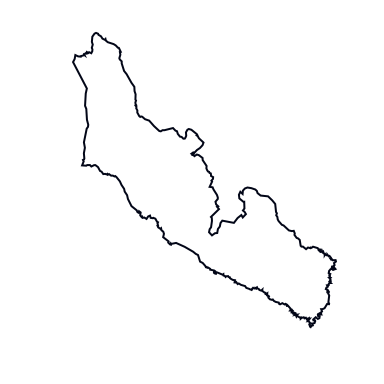 outline of Songea, Ruvuma, United Republic of Tanzania, rotated 313°
{"feature_id": "72390352B68324313293973", "entity_name": "Songea", "entity_type": "district", "adm_level": 2, "iso_a3": "TZA", "parent_name": "United Republic of Tanzania", "parent_adm1": "Ruvuma", "projection": "natural_earth1", "projection_center": [35.48, -10.415], "detail": "fine", "context": "isolated", "style": "outline", "palette": "ink", "viewbox_px": 384, "rotation_deg": 313, "n_neighbors": 0, "source": "geoboundaries", "source_scale": "gbopen_adm2", "svg_char_len": 6084}
<svg xmlns="http://www.w3.org/2000/svg" viewBox="0 0 384 384"><g transform="rotate(313 192 192)"><path d="M191.6,47.1L182.1,55.0L180.7,58.0L173.2,65.9L170.4,70.3L168.7,71.5L166.5,71.8L154.6,79.1L151.3,83.5L146.6,86.5L143.1,90.4L142.3,90.8L141.1,90.4L140.5,91.9L136.5,93.5L139.1,96.7L140.2,97.0L142.1,99.0L142.0,101.0L144.9,102.1L145.8,103.1L146.1,106.3L144.7,110.4L145.2,112.0L144.6,114.9L146.0,116.1L146.6,117.5L147.5,117.7L147.2,118.7L148.5,119.1L148.8,121.7L150.0,122.9L150.5,124.7L151.3,125.0L151.4,126.6L150.6,132.0L149.1,135.6L148.0,140.2L146.4,142.5L145.4,146.7L143.2,149.9L140.4,157.4L140.9,164.0L140.1,165.9L140.4,167.1L141.8,166.4L142.0,168.4L139.6,170.1L139.3,172.2L140.0,172.2L139.5,173.6L140.8,174.5L141.3,177.1L144.2,176.6L146.1,177.4L144.9,179.4L146.1,181.2L146.7,181.3L147.5,183.4L146.4,186.7L146.7,187.8L145.5,188.2L144.3,190.1L143.8,189.8L143.1,191.4L143.5,194.0L144.4,194.1L143.2,195.8L143.4,198.0L142.3,200.0L139.3,201.7L139.9,208.6L138.8,209.1L138.7,211.7L139.1,212.5L140.0,211.8L140.0,212.3L143.9,215.1L146.9,224.0L149.1,233.6L149.3,236.9L150.0,239.4L146.6,245.4L147.4,248.2L147.0,252.1L146.5,253.4L147.2,253.9L147.0,254.9L147.7,255.2L148.2,257.7L147.6,258.3L149.7,261.7L149.9,263.2L149.7,263.9L148.9,262.3L147.9,263.1L147.9,264.0L148.5,265.3L150.0,264.7L150.4,265.4L152.4,270.8L153.3,271.0L152.4,272.0L153.0,273.5L152.8,274.5L153.7,274.5L155.1,275.8L154.8,276.7L155.4,277.9L154.9,278.4L155.1,280.1L155.5,281.7L156.8,283.6L154.9,284.8L155.6,285.7L156.3,285.8L155.8,288.2L157.0,288.6L157.5,291.2L159.4,295.0L158.9,297.1L160.2,300.0L160.5,301.4L160.0,301.6L160.7,301.6L161.3,303.2L161.4,302.0L163.6,302.0L163.8,303.2L164.5,303.9L164.9,303.7L165.1,304.9L165.8,304.8L165.8,304.3L166.6,304.5L166.1,305.4L166.6,307.2L166.3,308.1L167.1,309.9L168.5,310.0L167.6,310.6L167.9,313.7L168.4,314.5L167.5,315.4L167.9,316.2L169.0,316.3L167.6,317.4L168.3,318.8L168.1,319.4L167.4,319.1L166.8,320.0L166.7,322.2L167.7,324.1L168.5,324.4L168.2,326.2L168.7,328.2L170.3,330.9L169.6,332.2L169.9,333.0L172.3,333.9L172.9,336.4L174.0,336.7L174.3,338.0L173.8,338.0L173.4,339.1L174.3,339.8L173.9,343.6L173.5,343.9L173.9,344.9L172.3,344.8L173.6,346.7L171.9,347.1L172.4,347.9L172.0,349.2L172.9,349.7L173.4,348.9L174.0,350.5L173.4,351.4L172.4,351.3L174.0,352.6L172.5,352.5L172.1,353.4L173.1,353.2L173.7,356.6L174.4,357.0L173.5,357.9L174.7,358.0L176.6,359.2L176.3,360.4L177.7,361.0L177.3,362.5L177.8,362.2L178.4,363.4L179.6,363.6L179.2,364.2L179.6,364.5L176.6,364.8L177.1,365.2L176.9,366.7L175.7,368.4L175.1,368.2L174.0,370.3L174.1,370.9L175.4,370.6L176.8,371.3L177.5,369.6L177.8,370.3L178.2,370.0L179.7,371.0L181.6,370.2L182.0,369.6L180.9,368.4L181.4,367.6L184.8,367.9L185.0,370.6L186.6,371.2L188.1,370.2L187.3,368.8L188.2,367.6L188.7,367.5L189.6,368.7L189.5,367.9L190.2,367.9L191.1,369.4L191.7,368.4L193.3,368.6L194.4,366.4L195.4,367.4L197.4,368.2L202.2,367.2L203.4,368.7L204.0,368.3L204.3,367.0L209.9,362.9L210.7,360.7L212.3,360.3L212.6,359.2L211.5,358.9L212.9,357.7L212.3,356.1L213.7,355.5L215.4,355.9L215.9,354.4L217.2,355.4L218.0,354.7L219.3,354.8L220.0,355.5L220.0,353.6L220.6,353.5L220.7,354.8L221.0,354.7L222.5,352.9L222.6,351.7L223.7,351.8L223.2,350.5L224.0,350.7L224.9,349.9L224.9,349.1L226.3,349.0L225.9,347.3L227.8,346.1L230.1,346.0L230.8,346.6L232.4,345.6L232.4,346.3L231.3,347.0L231.2,348.3L233.0,349.2L232.7,347.9L233.6,348.3L233.5,347.0L234.4,346.5L233.9,345.9L233.2,346.2L233.3,345.8L235.8,346.1L236.9,344.3L239.3,344.7L240.1,343.5L238.1,341.5L238.3,339.8L237.5,339.8L237.8,338.2L238.7,338.2L239.0,336.2L238.2,335.9L238.5,333.9L238.1,334.3L237.4,333.4L237.5,331.8L236.5,332.0L237.3,331.3L236.9,330.3L237.9,328.6L237.0,328.5L237.5,327.4L236.8,327.7L236.1,327.1L236.7,326.8L236.0,326.4L235.8,324.8L237.3,324.9L236.3,323.4L236.7,322.2L234.5,317.8L232.7,317.5L232.3,316.7L231.7,316.9L230.5,314.7L228.0,314.4L227.7,310.3L226.7,309.3L226.8,308.1L230.4,303.5L230.4,301.3L229.8,299.8L230.5,296.2L231.8,295.4L233.0,292.9L231.5,291.7L230.0,289.1L230.0,281.8L229.3,280.1L229.8,275.2L230.4,273.4L232.0,271.4L232.4,269.5L234.3,268.6L234.7,267.1L240.0,261.0L240.6,256.4L240.7,250.6L236.2,244.6L235.9,240.7L237.0,238.7L237.0,236.6L235.3,232.8L233.1,229.5L230.7,228.3L227.7,228.3L225.1,230.3L225.1,227.2L222.0,228.2L219.6,231.0L219.9,236.6L220.4,236.9L215.7,241.6L213.2,241.9L213.3,244.1L212.6,246.5L208.0,246.5L208.8,243.8L204.1,243.1L198.0,243.7L191.7,233.7L188.8,234.0L185.7,235.9L182.6,236.2L179.2,238.4L177.5,236.9L173.9,236.2L174.2,231.9L176.8,230.3L179.2,230.0L184.5,226.3L186.6,224.1L186.7,222.9L197.9,223.4L198.3,220.4L199.4,220.8L199.4,218.1L200.9,215.8L204.5,215.6L205.6,214.6L206.9,212.2L208.5,206.0L209.5,203.9L207.8,201.4L213.3,199.6L213.5,198.5L215.9,198.4L217.3,197.3L216.7,195.1L218.4,193.1L217.9,191.8L218.4,190.8L217.9,189.7L218.3,188.2L219.1,186.4L221.0,184.9L222.6,178.1L224.1,176.5L223.6,171.8L222.7,170.0L219.9,169.3L220.1,168.5L219.5,167.3L220.6,167.2L219.7,166.6L219.6,165.5L221.8,165.9L222.8,167.0L226.1,167.0L229.5,167.8L233.4,167.8L236.0,166.7L236.0,160.4L236.8,158.1L236.6,156.9L237.3,157.0L237.6,156.1L237.1,149.1L235.9,146.7L234.4,146.2L231.5,146.9L229.2,149.4L227.4,150.1L226.1,150.3L225.1,149.3L225.2,146.8L224.3,145.5L224.8,142.0L226.2,139.6L225.6,138.1L225.8,134.5L218.4,129.7L217.1,128.3L215.1,127.8L214.3,126.5L214.3,119.2L215.0,112.0L213.2,108.0L213.1,104.3L212.5,103.2L211.6,102.9L211.5,101.7L212.8,97.8L214.4,96.4L215.2,94.1L216.4,93.3L216.7,91.7L217.5,91.9L217.7,90.9L218.9,89.5L220.7,88.7L221.0,87.6L225.0,84.1L226.6,81.2L229.6,78.1L230.6,73.2L233.6,63.8L234.2,59.8L238.1,52.9L239.6,51.5L239.7,48.8L240.3,47.6L243.5,46.0L245.2,43.8L245.9,44.3L247.0,41.6L247.5,40.2L247.0,39.4L247.2,36.3L246.7,33.8L244.1,28.2L244.0,25.7L244.8,24.5L243.9,24.6L243.1,21.9L243.8,19.3L243.2,16.4L243.7,15.4L242.9,13.3L241.3,12.7L237.6,13.2L233.5,16.4L232.1,18.9L229.1,20.4L228.4,21.9L226.9,23.1L224.8,23.7L224.2,21.7L223.0,21.4L223.1,20.8L222.3,20.9L222.4,19.7L221.1,20.2L220.8,19.5L219.1,19.4L218.8,20.1L218.7,19.2L218.1,19.6L215.5,18.0L215.1,18.3L213.5,16.2L212.6,13.3L209.2,15.5L205.9,16.4L196.0,44.5L191.6,47.1Z" fill="none" stroke="#020617" stroke-width="2"/></g></svg>